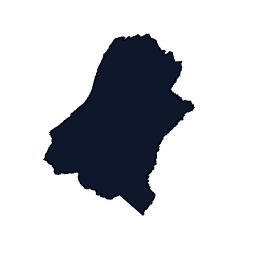 the district of Medicilândia, Pará, Brazil, rotated 228°
{"feature_id": "56859067B67123730011126", "entity_name": "Medicilândia", "entity_type": "district", "adm_level": 2, "iso_a3": "BRA", "parent_name": "Brazil", "parent_adm1": "Pará", "projection": "equal_earth", "projection_center": [-53.215, -3.165], "detail": "fine", "context": "isolated", "style": "filled", "palette": "ink", "viewbox_px": 256, "rotation_deg": 228, "n_neighbors": 0, "source": "geoboundaries", "source_scale": "gbopen_adm2", "svg_char_len": 5832}
<svg xmlns="http://www.w3.org/2000/svg" viewBox="0 0 256 256"><g transform="rotate(228 128 128)"><path d="M160.7,44.7L159.7,45.5L159.0,45.3L158.6,46.0L157.7,45.9L157.3,46.3L156.5,45.6L155.0,46.4L154.5,45.6L153.8,46.3L152.9,46.1L152.2,47.1L151.3,47.3L150.2,46.4L148.9,46.7L148.4,46.2L147.5,47.0L147.0,46.9L146.7,46.0L145.9,45.6L145.6,44.9L145.0,44.2L144.4,44.4L144.0,43.7L143.5,44.0L142.5,43.5L140.1,45.5L139.9,46.4L139.5,46.7L139.7,47.8L139.5,48.5L137.0,50.6L136.4,50.7L136.4,51.3L135.9,52.0L135.5,51.9L134.8,52.8L134.7,53.6L134.3,54.4L132.4,56.1L132.3,56.6L131.3,57.5L131.6,58.4L131.0,59.6L130.5,59.3L130.0,60.2L129.9,61.1L128.8,62.1L128.7,61.5L128.3,61.1L126.8,61.4L126.3,61.0L126.0,60.3L125.3,59.9L125.4,59.2L125.2,58.8L124.4,58.6L124.1,57.9L123.3,57.8L123.1,57.3L122.0,56.7L121.5,56.9L120.5,56.4L119.5,56.6L118.7,55.7L117.8,55.9L116.0,55.7L115.5,56.3L114.4,56.0L113.9,56.3L113.3,56.1L112.4,56.5L111.9,55.8L109.6,57.8L109.1,60.0L108.5,60.5L108.2,60.1L107.2,59.9L105.5,60.9L104.8,61.9L103.8,62.3L100.8,61.6L100.2,60.6L99.7,60.3L97.9,61.5L97.8,63.4L97.1,63.5L96.6,62.8L95.2,62.1L94.7,62.7L93.2,63.6L93.1,64.2L92.5,64.8L91.1,65.2L90.0,64.9L88.5,66.1L88.1,67.0L87.4,67.0L86.3,68.5L86.1,69.3L86.5,70.7L85.7,73.4L85.3,73.7L85.1,74.6L84.5,75.3L84.5,77.3L53.5,81.0L53.6,82.1L54.9,82.8L55.4,83.4L55.6,84.8L56.2,85.3L56.6,86.0L56.4,86.8L55.7,86.9L55.5,87.3L55.5,88.3L56.5,91.4L56.9,93.9L56.8,94.7L56.1,94.7L56.2,95.2L57.9,96.9L57.7,97.7L58.0,99.0L59.4,102.0L60.7,103.4L61.2,103.5L61.5,103.3L61.5,102.7L61.8,102.4L62.4,103.3L63.2,103.5L64.4,102.9L65.2,103.1L65.5,102.8L66.4,103.1L69.0,102.9L69.1,104.1L69.5,104.6L70.2,104.2L70.5,103.9L70.8,102.8L71.2,102.7L72.0,103.3L71.5,104.7L71.7,105.2L72.9,105.3L73.2,105.0L73.9,105.3L75.0,104.8L75.1,106.2L74.8,107.2L75.4,108.0L76.2,107.1L77.5,107.2L77.7,107.6L77.5,108.7L77.8,110.4L78.2,110.8L79.0,109.6L79.5,109.5L79.8,110.5L79.8,111.6L80.2,112.5L79.8,113.6L80.6,114.1L81.0,114.9L80.8,115.5L80.0,115.5L80.4,116.6L81.2,116.7L80.5,119.4L81.4,120.6L81.9,120.7L83.4,121.7L83.0,122.7L83.0,123.8L82.6,123.9L82.6,124.5L82.8,124.9L83.9,125.4L84.4,126.1L85.0,126.0L85.1,126.5L85.5,126.8L85.9,126.4L87.3,129.6L87.7,129.7L89.4,131.3L90.9,132.1L91.4,133.6L90.9,135.7L91.8,136.6L92.3,136.6L92.3,136.1L92.7,136.1L93.3,138.3L94.2,138.2L94.9,138.9L95.2,141.7L96.6,145.0L96.8,146.7L97.0,147.1L97.8,147.0L98.2,148.2L98.5,148.4L98.1,149.7L98.2,150.2L98.1,150.7L97.5,152.4L98.0,154.0L97.9,154.5L97.6,154.9L98.2,157.5L98.0,158.2L98.2,158.8L97.9,159.9L98.2,161.6L98.6,161.6L98.5,163.3L97.9,164.4L98.2,165.0L98.0,166.9L98.3,167.6L98.7,167.7L99.0,167.4L99.7,167.7L100.2,168.7L99.8,168.9L99.5,168.6L98.8,169.9L99.0,170.4L99.5,170.2L99.6,170.7L99.2,172.1L99.1,173.2L98.3,174.2L98.0,173.8L97.7,174.2L98.1,174.7L98.8,175.0L99.7,176.2L99.9,176.7L99.8,178.0L100.6,178.0L100.9,178.3L101.0,178.9L100.7,182.7L99.5,184.2L98.8,187.0L98.3,187.3L99.2,190.5L99.8,190.1L100.4,191.1L101.4,191.7L101.5,190.4L102.0,190.1L102.7,191.1L103.6,191.4L104.7,191.3L105.3,191.5L105.3,192.0L106.3,192.0L106.5,191.6L106.5,190.8L106.9,190.9L107.1,190.4L107.9,190.3L108.3,189.7L109.7,189.1L110.2,188.7L110.7,187.0L112.3,186.0L112.7,185.9L113.2,186.9L114.2,186.8L114.9,186.4L115.0,187.1L115.9,186.2L116.7,186.7L117.0,186.2L116.8,185.8L117.3,184.9L117.6,186.3L118.5,186.4L118.5,185.2L119.3,186.5L119.5,185.9L120.7,185.6L120.9,185.0L121.8,185.6L121.8,184.7L122.3,184.1L123.9,185.2L124.8,183.8L125.5,184.4L125.7,184.0L126.6,185.1L127.0,184.7L127.0,184.1L127.8,184.0L127.9,184.5L128.6,184.9L128.8,185.3L128.9,186.2L129.4,187.0L129.6,189.0L130.3,189.4L130.4,190.1L130.1,190.8L130.7,192.3L130.6,194.7L131.6,195.9L132.5,196.5L132.3,197.4L132.8,200.9L132.7,201.5L133.3,201.7L133.8,202.8L135.2,204.3L135.6,206.3L136.2,206.4L137.4,208.5L138.3,208.6L140.0,209.6L141.3,210.8L141.2,212.5L142.0,211.1L142.9,210.4L143.4,209.3L146.2,206.4L147.9,208.0L149.2,207.9L150.7,209.1L152.2,209.8L154.4,211.2L156.7,209.9L156.5,207.0L156.9,206.0L156.7,205.2L157.5,204.9L157.9,203.1L158.8,202.4L159.2,204.6L160.1,206.1L160.2,206.8L161.3,206.7L161.6,206.3L162.0,205.4L163.5,204.5L163.6,204.0L163.9,203.7L165.0,204.6L166.0,204.9L168.2,204.6L169.3,205.3L172.6,206.2L173.7,207.1L175.8,206.8L176.6,206.3L177.0,206.4L179.4,204.5L179.6,204.9L180.5,205.3L181.8,205.3L183.6,206.0L185.2,204.1L185.2,201.8L185.6,201.4L186.5,198.7L187.6,197.8L190.5,197.8L190.4,197.2L191.1,195.4L191.0,194.0L191.5,193.2L191.9,193.3L192.2,192.9L192.4,190.0L192.6,189.6L193.4,189.3L194.1,190.0L194.8,190.0L195.3,189.3L195.0,186.3L195.8,183.6L196.6,183.2L197.3,183.7L197.1,185.7L198.0,185.3L198.5,185.4L198.9,185.1L200.7,182.0L201.3,180.4L202.3,178.8L202.4,178.1L202.5,176.8L201.8,175.1L201.7,173.5L201.2,172.6L200.9,169.5L200.4,168.2L199.3,167.1L199.4,164.9L198.7,163.8L198.7,162.2L198.4,160.5L198.7,160.0L198.7,159.3L197.2,157.8L196.3,156.2L195.6,154.5L195.5,153.9L194.4,151.9L192.8,147.2L192.3,146.7L191.5,144.7L189.9,143.1L189.5,141.3L188.2,140.3L187.8,138.1L187.1,138.0L187.0,137.2L186.3,136.3L185.9,136.7L185.3,134.3L184.9,134.3L184.5,133.8L183.4,131.6L182.8,131.5L181.9,129.3L180.6,128.2L180.1,126.4L179.6,126.1L178.9,123.9L178.3,123.0L177.9,121.0L177.0,119.3L177.1,118.1L176.3,117.1L176.3,115.7L175.8,114.1L175.3,110.2L175.7,109.6L175.5,108.3L175.9,106.8L175.7,105.4L176.0,103.8L175.7,102.6L175.8,102.0L175.7,100.9L176.2,99.3L175.8,98.0L176.4,96.0L176.4,95.4L175.7,94.3L175.3,94.2L174.7,92.9L174.8,91.6L175.3,90.5L175.5,86.5L175.8,85.5L175.3,82.9L175.8,81.6L175.6,80.2L175.8,76.6L176.5,73.8L176.8,70.5L177.3,69.1L176.9,68.6L176.7,67.2L176.3,67.7L175.9,67.8L175.1,66.8L175.1,66.0L174.5,66.3L172.6,65.4L170.6,65.6L170.4,64.5L169.6,63.5L169.1,63.4L168.9,62.8L167.9,62.7L166.9,61.9L167.2,61.8L166.6,60.8L166.8,59.4L166.6,58.9L166.7,58.3L165.9,57.9L166.0,56.3L164.1,52.4L163.5,50.8L163.6,50.0L163.2,48.7L162.0,48.0L161.9,47.4L161.0,46.5L160.7,44.7Z" fill="#0f172a" stroke="#020617" stroke-width="1.5"/></g></svg>